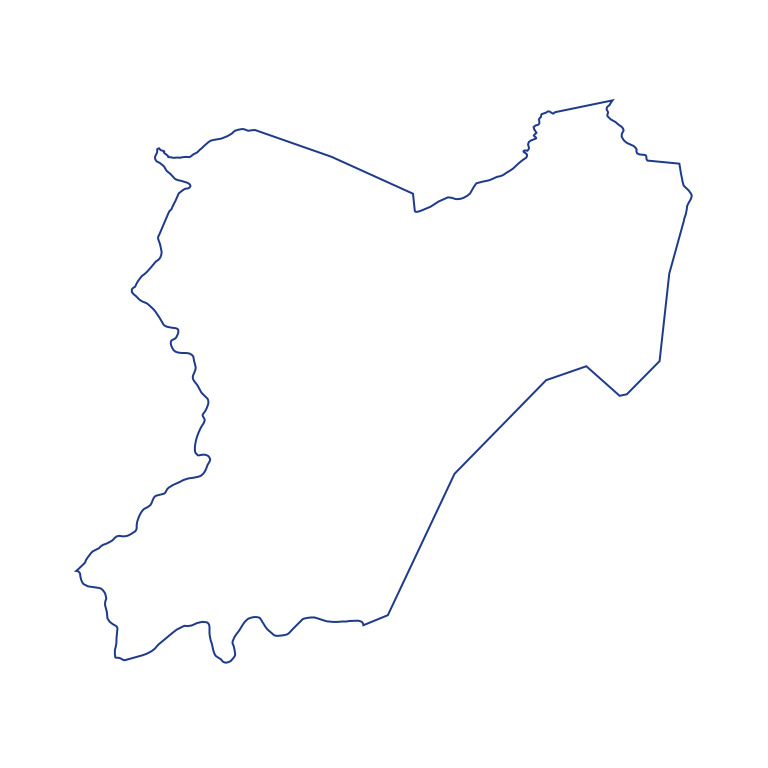 San Jose de Colinas, Santa Bárbara, Honduras, rotated 86°
{"feature_id": "27666195B96609935857863", "entity_name": "San Jose de Colinas", "entity_type": "district", "adm_level": 2, "iso_a3": "HND", "parent_name": "Honduras", "parent_adm1": "Santa Bárbara", "projection": "natural_earth1", "projection_center": [-88.328, 15.073], "detail": "fine", "context": "isolated", "style": "outline", "palette": "blue", "viewbox_px": 768, "rotation_deg": 86, "n_neighbors": 0, "source": "geoboundaries", "source_scale": "gbopen_adm2", "svg_char_len": 6148}
<svg xmlns="http://www.w3.org/2000/svg" viewBox="0 0 768 768"><g transform="rotate(86 384 384)"><path d="M641.4,661.5L637.7,643.5L636.6,639.7L634.7,635.3L633.9,633.8L631.9,630.9L629.4,628.5L627.9,626.8L617.9,612.9L614.6,608.0L612.0,601.9L611.3,600.0L611.8,596.4L611.5,593.0L611.1,591.6L609.4,587.1L608.6,581.9L608.9,579.7L609.5,577.1L610.5,576.0L611.9,575.3L614.0,575.0L620.9,575.5L624.6,575.2L628.0,574.7L631.3,573.8L638.3,572.8L642.2,571.6L643.3,570.9L644.0,570.3L647.2,566.0L649.9,563.9L650.7,562.3L651.0,560.8L650.6,558.7L649.7,556.2L645.9,552.5L644.5,551.6L642.7,551.3L638.6,551.7L635.0,552.2L632.5,553.1L631.5,553.2L629.9,552.8L626.3,551.0L623.5,548.9L620.0,545.8L613.5,541.1L611.5,539.4L609.3,536.8L608.5,535.3L608.0,533.6L607.5,530.7L607.5,528.2L607.9,526.1L608.6,524.3L610.0,523.4L618.2,519.1L620.7,517.4L626.9,511.2L627.5,509.9L627.8,507.9L627.8,505.4L627.6,501.3L627.2,498.8L626.5,497.1L625.4,495.6L621.2,491.1L613.0,481.6L612.5,480.3L612.0,477.1L611.8,473.2L612.1,469.4L616.7,457.8L617.7,452.0L618.1,447.5L618.0,443.0L618.3,438.3L618.0,434.9L618.3,426.2L619.1,423.9L620.0,422.4L621.4,421.7L623.2,421.4L614.9,396.3L478.5,319.9L391.5,222.0L380.4,180.9L412.2,149.8L411.2,142.5L380.4,107.5L293.7,91.7L241.9,73.4L240.2,73.0L235.7,71.1L230.1,69.6L227.8,69.3L225.1,67.8L220.9,65.0L218.7,64.1L217.0,63.9L215.2,64.7L212.1,66.6L207.6,70.8L206.7,71.3L203.3,72.0L194.3,73.1L184.8,74.0L179.5,105.6L178.2,106.4L175.0,106.5L174.0,107.1L173.6,108.4L172.9,112.9L171.6,115.4L169.3,116.0L167.8,115.6L165.7,116.7L163.9,118.5L160.5,124.8L158.5,127.0L156.8,128.3L153.7,129.7L151.0,129.3L147.9,127.3L145.9,127.7L144.0,129.0L141.7,131.9L138.8,134.8L135.9,139.3L132.4,142.4L131.0,142.4L128.7,141.5L127.1,142.0L126.1,142.7L124.2,142.6L122.9,141.7L121.5,139.6L119.3,138.1L117.0,136.2L124.8,194.4L126.1,196.3L125.7,197.2L123.9,199.6L123.5,201.0L123.7,202.0L124.5,203.1L125.8,207.9L126.1,208.2L128.7,208.9L129.6,210.1L130.9,211.0L133.6,210.7L134.6,210.8L135.3,211.2L135.9,211.8L136.3,212.6L136.6,214.6L138.1,216.8L140.3,216.4L144.1,214.4L146.2,217.0L146.6,217.2L147.6,216.5L148.6,215.3L149.5,215.1L150.1,216.3L151.2,220.1L152.4,222.3L153.4,223.0L155.3,223.6L158.3,222.9L159.2,223.0L160.4,223.7L161.3,224.7L160.8,226.7L161.1,228.0L161.4,228.5L162.0,228.6L162.3,228.4L164.4,225.7L165.9,225.3L167.2,225.7L168.3,226.6L170.3,230.1L173.1,234.1L178.1,240.2L179.6,242.8L181.8,247.1L183.7,250.3L184.4,252.1L184.9,254.1L185.2,256.7L187.4,262.7L188.2,265.3L189.0,271.4L190.2,277.8L193.3,280.4L200.0,284.9L202.1,287.9L203.8,291.5L204.6,294.6L204.7,298.3L204.4,299.9L203.4,302.4L202.6,304.9L202.4,306.4L202.4,307.6L205.8,316.9L210.3,325.0L213.5,334.3L214.2,336.8L214.6,339.2L214.4,340.5L213.6,341.2L196.2,341.8L153.7,420.5L121.7,494.8L121.6,496.7L121.9,501.9L120.5,504.8L119.9,506.6L119.8,508.2L120.2,511.7L120.6,513.6L121.1,515.1L121.9,516.5L123.1,517.6L124.6,520.3L125.9,523.1L127.5,528.0L127.9,529.5L128.7,537.4L129.2,540.0L130.5,542.3L134.2,547.2L136.3,549.6L137.0,550.8L140.0,554.3L140.8,556.1L141.3,557.7L143.4,560.7L144.1,562.3L143.6,566.7L143.8,570.2L144.1,571.8L143.7,573.8L143.7,578.6L143.1,580.2L142.6,583.2L142.4,583.5L141.7,583.5L140.8,584.2L138.2,587.1L137.5,587.4L136.7,587.0L136.3,587.3L135.4,589.9L134.4,591.1L133.2,592.0L133.8,593.7L134.4,593.9L135.8,593.9L137.7,594.4L140.1,595.9L142.0,596.7L143.8,596.5L145.4,595.7L146.3,594.9L147.3,593.1L148.2,591.8L151.1,588.7L152.1,588.0L154.3,587.0L156.7,585.6L159.2,582.7L164.8,578.2L166.0,576.1L167.3,571.9L169.5,566.1L171.2,563.9L172.2,563.4L173.1,563.3L174.0,563.8L174.8,564.9L175.3,566.2L175.3,568.3L175.6,569.4L177.6,572.7L179.6,575.5L187.2,579.5L191.2,582.0L194.4,583.6L195.2,584.3L196.5,585.9L198.1,586.9L218.8,597.5L221.2,598.9L222.2,599.2L223.9,599.1L229.2,597.6L236.9,596.6L239.7,597.2L242.3,598.4L244.0,599.9L246.2,603.4L251.5,608.4L256.0,613.1L258.0,615.7L259.3,618.0L263.9,622.0L266.5,623.8L269.6,625.5L270.6,627.5L271.6,628.6L272.4,629.0L273.6,629.0L274.5,629.2L275.5,628.6L277.4,627.1L278.8,625.5L283.0,621.9L284.7,619.6L286.4,616.1L287.3,614.6L288.8,613.0L293.4,608.7L295.6,607.1L302.4,603.2L309.1,599.9L310.1,599.2L311.0,597.9L311.8,596.4L313.1,591.5L313.8,587.9L314.4,586.6L315.2,585.7L316.5,585.4L318.2,585.6L320.2,586.4L322.6,587.7L324.1,589.2L325.6,592.7L326.2,593.3L327.0,593.7L328.9,593.9L331.2,593.5L333.8,592.5L335.7,591.4L337.3,589.6L338.3,587.1L338.9,583.9L339.4,578.4L340.1,575.8L341.6,573.6L343.3,572.3L347.3,571.9L352.6,570.9L354.6,570.7L356.0,571.0L357.7,571.6L362.4,574.0L364.0,574.3L365.8,574.1L367.8,573.2L372.1,570.3L379.7,566.8L381.5,565.4L386.2,561.2L387.7,560.6L389.8,560.4L392.1,560.9L395.5,562.4L398.8,564.4L400.9,566.3L401.9,567.0L402.7,567.1L403.8,566.8L406.7,565.4L408.2,565.5L410.3,566.5L414.1,569.3L416.4,570.7L420.0,572.6L423.8,574.3L427.4,575.6L431.8,576.7L434.2,577.1L437.8,577.3L439.0,577.0L440.0,576.5L441.5,575.3L442.2,574.5L442.3,574.0L441.9,570.6L441.9,568.7L442.3,566.7L443.2,564.9L443.9,564.1L445.1,563.3L446.5,562.8L447.5,562.7L448.6,563.1L452.7,565.8L456.6,567.5L458.5,568.7L460.9,570.6L462.7,573.0L463.2,574.3L463.6,576.0L464.2,580.4L464.5,585.5L465.8,590.8L467.5,594.6L470.0,601.5L472.2,605.7L473.7,607.6L476.8,609.5L477.5,610.2L478.1,611.2L479.4,618.4L479.8,619.7L480.5,620.7L482.1,622.0L486.4,624.1L488.5,625.5L490.2,628.1L491.7,631.6L492.3,632.6L493.9,634.2L496.3,636.0L499.4,637.8L503.9,639.7L507.6,640.6L510.1,640.7L511.7,641.1L512.9,641.8L513.9,642.9L516.6,648.0L517.4,650.1L517.7,651.7L517.8,653.0L517.8,655.1L517.0,658.7L517.3,661.0L518.6,663.2L520.9,665.6L521.8,667.2L523.7,671.4L524.9,675.6L526.1,677.7L527.8,679.6L530.7,686.3L532.6,688.4L536.5,691.8L539.0,693.7L540.6,694.3L541.2,694.6L547.2,701.6L549.0,704.1L549.3,702.8L549.7,702.0L550.3,701.4L551.3,700.7L552.3,700.4L555.0,700.3L558.4,699.7L561.1,698.7L562.6,697.7L565.2,693.5L567.5,682.8L568.2,680.9L569.8,679.0L572.8,677.1L574.9,676.5L578.6,676.0L581.7,677.3L585.0,677.7L591.9,676.4L598.6,676.2L602.0,674.3L604.5,671.5L606.8,668.1L607.8,667.3L608.9,667.0L610.2,667.1L618.4,668.5L623.5,669.0L626.9,669.8L630.6,671.0L634.5,671.3L637.6,671.2L638.0,671.0L638.4,670.5L638.5,668.7L638.8,667.1L639.7,665.4L641.1,663.3L641.4,662.2L641.4,661.5Z" fill="none" stroke="#1e3a8a" stroke-width="2"/></g></svg>